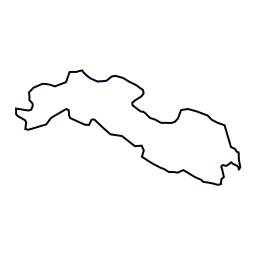 the district of Moungo, Littoral, Cameroon, rotated 269°
{"feature_id": "32672807B47378783864223", "entity_name": "Moungo", "entity_type": "district", "adm_level": 2, "iso_a3": "CMR", "parent_name": "Cameroon", "parent_adm1": "Littoral", "projection": "albers", "projection_center": [9.759, 4.725], "detail": "fine", "context": "isolated", "style": "outline", "palette": "ink", "viewbox_px": 256, "rotation_deg": 269, "n_neighbors": 0, "source": "geoboundaries", "source_scale": "gbopen_adm2", "svg_char_len": 1562}
<svg xmlns="http://www.w3.org/2000/svg" viewBox="0 0 256 256"><g transform="rotate(269 128 128)"><path d="M84.0,238.0L87.2,239.6L89.7,239.1L94.7,238.3L101.6,238.2L102.5,236.2L105.2,234.6L107.2,230.6L129.1,224.6L131.6,217.7L134.9,211.7L139.1,207.8L143.3,197.3L146.0,188.2L144.9,181.3L136.9,178.3L133.4,175.0L132.3,171.7L132.6,161.1L136.0,155.2L137.6,150.3L140.0,147.9L142.3,145.8L144.0,143.5L144.2,141.3L146.5,138.1L150.7,132.9L153.3,132.7L155.4,135.5L157.9,139.5L159.4,142.0L162.3,144.2L165.7,143.7L170.9,136.6L174.6,129.4L177.9,124.4L179.3,120.2L180.1,117.1L180.4,116.0L179.7,112.5L175.5,107.1L175.0,98.4L178.1,91.6L180.6,88.3L184.2,84.6L184.7,84.1L186.4,83.2L185.6,79.4L185.0,77.7L185.0,70.6L174.9,66.8L170.9,55.7L172.9,49.8L173.5,46.3L173.6,43.1L173.3,42.3L169.9,34.2L165.3,29.6L160.8,30.1L157.8,29.8L154.0,33.1L151.5,33.1L148.0,31.5L147.2,28.8L147.8,25.3L149.4,16.4L143.7,16.4L141.8,18.1L137.5,25.3L135.2,26.3L128.8,25.3L128.0,28.2L129.7,34.5L133.0,46.3L139.5,51.3L148.1,66.6L146.9,69.0L141.3,69.4L138.9,70.4L132.0,85.0L131.8,89.2L136.7,91.5L137.3,93.3L136.8,94.8L129.4,102.3L122.0,110.3L120.1,121.7L109.7,134.6L110.1,141.3L105.3,143.4L99.0,141.4L95.4,146.8L91.8,152.2L88.7,158.0L88.0,159.2L86.3,163.4L83.3,168.1L83.1,173.8L82.5,176.9L84.9,182.5L81.9,187.7L81.1,188.7L79.6,191.2L78.5,192.9L77.9,194.0L76.9,195.8L75.0,200.2L72.9,202.1L71.5,210.0L69.6,216.9L70.3,219.9L75.0,220.4L77.3,223.0L85.1,221.4L87.6,220.5L89.3,221.9L88.4,225.9L90.4,228.6L91.9,230.6L90.3,232.3L88.4,236.3L86.5,238.0L84.0,238.0Z" fill="none" stroke="#020617" stroke-width="2"/></g></svg>